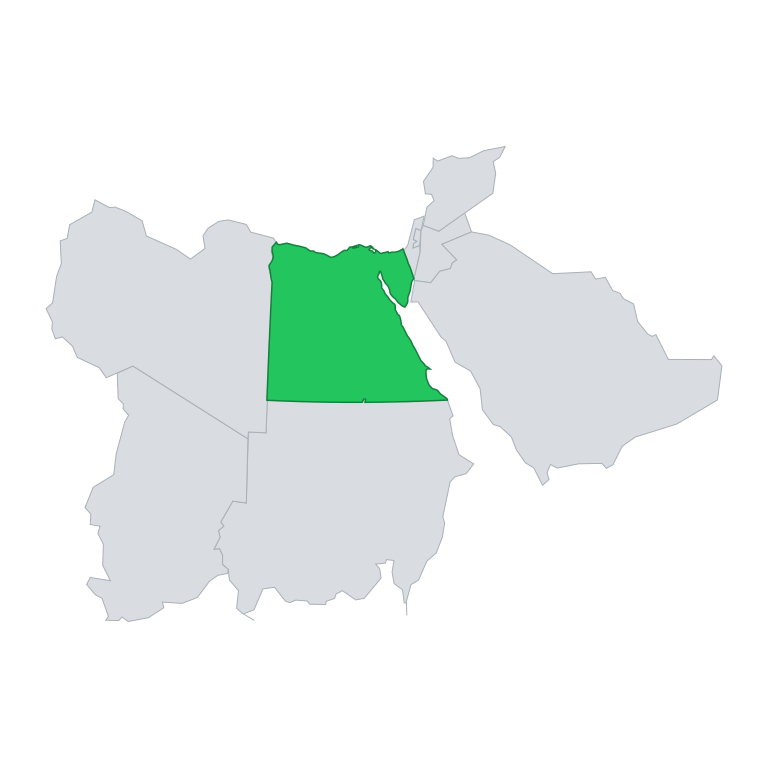 Egypt shown with its bordering countries
{"feature_id": "EGY", "entity_name": "Egypt", "entity_type": "country or territory", "adm_level": 0, "iso_a3": "EGY", "parent_name": "Africa", "parent_adm1": "", "projection": "orthographic", "projection_center": [30.805, 26.825], "detail": "fine", "context": "with_neighbors", "style": "filled", "palette": "green", "viewbox_px": 768, "rotation_deg": 0, "n_neighbors": 8, "source": "natural_earth", "source_scale": "50m", "svg_char_len": 6832}
<svg xmlns="http://www.w3.org/2000/svg" viewBox="0 0 768 768"><path d="M254.3,620.5L242.1,613.1L236.6,608.3L238.5,590.6L229.5,580.2L228.2,569.5L222.5,564.5L222.6,555.3L219.5,548.9L213.9,549.4L220.0,537.4L218.5,530.6L223.8,526.1L220.7,522.1L232.8,501.1L246.3,503.0L248.4,432.0L266.0,432.8L267.2,400.2L447.4,400.0L453.0,415.8L449.7,418.9L452.6,435.6L459.0,454.7L473.7,463.9L466.2,473.6L454.9,476.8L450.1,482.0L442.8,516.8L444.6,523.1L442.4,537.0L436.3,552.9L426.8,561.2L418.6,580.0L411.0,584.6L406.4,601.2L406.8,615.3L406.5,603.1L404.2,602.8L402.5,589.7L394.1,583.6L392.1,572.3L393.9,560.5L386.5,559.6L385.4,563.1L375.7,564.1L379.6,568.6L381.1,578.1L364.2,598.3L355.9,599.9L342.3,590.7L336.2,593.9L334.5,598.5L326.2,601.3L325.6,604.5L309.5,604.2L307.3,601.0L295.7,600.1L289.8,602.6L285.4,601.1L274.5,587.3L262.9,588.9L254.0,609.8L243.4,613.9L254.3,620.5Z" fill="#d9dde1" stroke="#a8b0b8" stroke-width="1"/><path d="M247.9,438.8L246.3,503.0L232.8,501.1L220.7,522.1L223.8,526.1L218.5,530.6L220.0,537.4L213.9,549.4L219.5,548.9L222.6,555.3L222.5,564.5L228.2,569.5L227.9,573.3L217.8,575.4L209.5,581.2L197.4,597.4L182.2,603.4L162.4,602.1L163.8,607.7L148.4,617.7L128.3,621.5L121.9,617.0L118.8,620.6L105.8,620.2L108.4,616.3L102.0,598.3L95.3,594.7L86.6,584.4L90.3,577.5L110.4,580.7L102.7,565.4L103.4,544.4L97.9,533.4L100.0,526.2L90.2,524.5L90.9,514.2L85.0,507.5L93.2,487.3L113.7,474.7L116.2,453.9L124.8,421.8L128.7,415.2L123.1,408.9L123.3,403.7L118.2,398.8L117.2,373.1L132.9,366.0L247.9,438.8Z" fill="#d9dde1" stroke="#a8b0b8" stroke-width="1"/><path d="M424.1,216.1L421.0,230.7L415.9,228.6L413.4,239.6L417.0,241.3L413.5,243.6L413.1,248.0L419.6,245.5L420.2,251.9L414.1,278.3L403.9,250.4L407.8,244.9L414.4,219.7L424.1,216.1Z" fill="#d9dde1" stroke="#a8b0b8" stroke-width="1"/><path d="M419.6,245.5L413.1,248.0L413.5,243.6L417.0,241.3L413.4,239.6L415.9,228.6L421.0,230.7L419.6,245.5Z" fill="#d9dde1" stroke="#a8b0b8" stroke-width="1"/><path d="M421.0,230.7L423.2,225.4L438.8,231.2L464.5,212.4L471.5,231.9L441.9,244.3L456.8,259.9L452.4,262.9L450.4,268.5L439.7,271.3L430.7,282.7L414.7,280.6L414.1,278.3L420.2,251.9L421.0,230.7Z" fill="#d9dde1" stroke="#a8b0b8" stroke-width="1"/><path d="M423.2,225.4L427.0,207.1L434.1,200.6L431.5,194.3L425.4,193.8L423.5,181.4L433.1,167.2L433.2,158.2L437.7,161.1L451.7,155.8L458.9,158.4L469.6,157.7L483.9,150.6L505.2,146.5L499.8,157.1L493.2,161.7L495.7,173.4L492.8,193.3L438.8,231.2L423.2,225.4Z" fill="#d9dde1" stroke="#a8b0b8" stroke-width="1"/><path d="M414.7,280.6L430.7,282.7L439.7,271.3L450.4,268.5L452.4,262.9L456.8,259.9L441.9,244.3L471.5,231.9L488.5,235.1L510.0,244.8L552.7,273.7L591.1,271.8L595.6,279.1L605.3,277.3L612.7,290.6L620.0,293.3L623.3,298.6L633.7,304.0L637.5,321.3L647.5,333.9L652.2,336.4L655.9,334.6L668.3,359.4L711.5,359.6L713.8,355.7L721.9,365.8L717.5,399.9L676.8,424.0L635.3,437.0L622.2,446.3L613.0,464.7L606.2,468.3L602.0,463.4L578.7,463.8L557.1,468.1L550.5,464.5L547.0,472.8L549.0,479.5L542.6,485.3L533.7,467.8L525.4,462.8L516.4,449.9L511.4,437.0L500.2,426.6L493.3,424.5L482.4,409.6L480.1,388.7L470.6,371.1L455.1,362.2L445.9,341.0L441.4,337.6L418.0,301.8L410.8,302.1L414.7,280.6Z" fill="#d9dde1" stroke="#a8b0b8" stroke-width="1"/><path d="M272.4,281.6L266.0,432.8L248.4,432.0L247.9,438.8L132.9,366.0L106.3,377.7L99.2,367.7L77.3,357.4L72.5,346.2L62.4,336.9L55.4,338.8L51.8,328.9L52.4,321.9L46.1,308.7L52.6,302.8L56.6,276.4L61.3,263.6L60.2,240.9L67.3,238.3L69.6,224.8L91.9,212.0L94.9,199.8L109.3,207.6L115.0,207.1L125.6,211.3L142.1,220.8L146.4,236.0L176.6,249.5L190.4,259.1L205.0,248.5L203.0,235.8L208.1,228.2L218.7,221.4L228.2,219.9L246.4,224.5L250.6,232.1L273.5,238.1L276.6,243.6L271.2,251.2L273.0,258.3L268.8,268.3L272.4,281.6Z" fill="#d9dde1" stroke="#a8b0b8" stroke-width="1"/><path d="M447.5,400.1L442.5,400.3L437.6,400.5L432.6,400.7L427.6,400.9L422.7,401.1L417.7,401.3L412.7,401.4L407.7,401.6L402.7,401.7L397.7,401.8L392.8,401.9L387.8,402.0L382.8,402.1L377.8,402.2L372.8,402.2L367.8,402.3L365.0,402.3L365.4,400.8L365.7,399.8L365.4,399.1L364.4,398.9L363.8,399.1L362.3,402.2L361.5,402.3L359.8,402.3L353.9,402.3L348.1,402.3L342.3,402.3L336.5,402.2L330.7,402.2L324.9,402.1L319.1,402.0L313.3,401.9L307.5,401.7L301.7,401.6L295.9,401.4L290.1,401.2L284.3,401.0L278.5,400.8L272.7,400.5L266.9,400.3L267.0,396.6L267.2,392.9L267.3,389.3L267.5,385.6L267.6,381.9L267.8,378.2L267.9,374.6L268.1,370.9L268.2,367.2L268.4,363.5L268.5,359.9L268.7,356.2L268.8,352.5L269.0,348.8L269.1,345.1L269.3,341.5L269.5,337.8L269.6,334.1L269.8,330.4L270.0,326.7L270.1,323.0L270.3,319.4L270.5,315.7L270.6,312.0L270.8,308.3L271.0,304.6L271.2,301.0L271.3,297.3L271.5,293.6L271.7,289.9L271.9,286.2L272.1,282.6L272.0,281.9L271.3,279.3L270.8,276.1L270.2,272.2L270.1,270.9L269.1,266.8L269.0,265.7L269.4,264.9L271.7,261.6L272.4,260.0L273.0,258.1L273.3,256.5L272.8,254.0L272.2,251.7L272.1,249.5L272.1,247.3L273.2,245.8L274.6,244.4L275.1,243.6L276.0,242.6L276.5,242.2L277.5,244.2L279.6,244.7L286.8,243.2L294.6,245.3L298.9,246.1L305.6,247.8L309.6,250.6L310.7,251.0L313.6,251.0L315.5,252.6L323.2,253.6L327.3,255.4L329.6,256.8L331.0,257.3L332.2,257.2L333.9,256.7L336.0,255.8L338.3,254.4L343.1,250.9L344.8,250.3L345.9,250.5L347.2,250.4L347.8,249.5L348.5,248.8L348.9,248.1L349.6,247.2L352.1,246.9L357.0,245.4L356.5,246.1L352.0,247.9L353.9,248.1L355.9,247.5L358.1,247.1L358.5,246.4L358.8,245.0L359.3,244.8L360.8,245.1L365.4,247.2L366.6,247.2L369.8,246.0L370.5,245.8L371.6,246.4L374.0,249.0L373.2,249.0L370.6,246.7L370.4,247.9L368.9,249.8L370.8,250.7L372.3,251.0L373.1,252.1L373.6,253.1L375.1,252.6L376.1,251.3L375.5,250.5L375.2,249.8L375.6,249.7L376.7,250.4L379.7,252.9L380.7,253.4L381.8,253.3L384.2,252.5L384.8,252.6L388.0,251.6L388.4,252.3L388.9,253.0L391.5,252.2L395.6,252.1L398.8,251.2L402.6,249.1L402.9,248.8L403.1,249.3L403.6,250.6L404.9,254.1L406.0,256.8L407.4,260.5L407.8,262.0L408.0,263.0L410.0,267.1L411.2,270.5L412.1,273.3L413.4,277.3L413.9,278.7L413.1,279.5L411.6,282.1L410.2,290.6L407.9,297.2L407.8,301.4L407.4,302.9L406.3,305.0L404.9,307.1L402.4,306.1L398.2,302.6L395.7,299.2L393.1,297.1L390.6,294.2L389.9,292.1L389.9,290.8L388.7,287.5L387.9,286.0L384.9,282.5L384.1,280.7L383.4,279.9L382.7,278.7L381.6,274.2L380.4,271.3L379.1,272.1L379.3,273.3L378.2,275.0L377.6,277.0L378.1,278.6L380.5,280.9L381.0,282.0L381.6,284.3L381.6,287.4L382.0,288.4L383.8,290.7L384.5,292.1L384.9,293.3L385.5,294.3L387.4,296.3L390.0,300.1L392.5,302.7L394.3,303.9L395.1,305.1L395.4,308.3L395.3,309.9L396.9,312.7L397.5,314.2L399.1,315.4L399.8,316.7L400.5,318.9L401.6,325.5L403.0,327.0L407.3,335.6L410.9,340.9L412.7,345.0L415.5,349.8L420.9,360.6L424.0,363.8L425.3,365.7L427.5,367.0L430.0,369.0L427.7,368.9L427.1,369.1L426.3,369.5L426.0,370.8L425.9,371.8L426.3,377.3L427.0,380.1L429.2,385.3L430.8,386.9L431.5,387.9L432.6,388.6L437.4,390.2L440.4,393.9L446.8,398.5L447.5,399.8L447.5,400.1Z" fill="#22c55e" stroke="#15803d" stroke-width="1.5"/></svg>